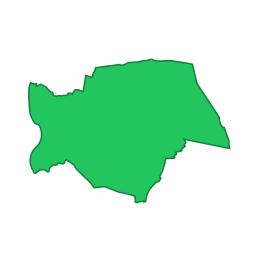 Etten-Leur, Noord-Brabant, Netherlands (Robinson projection), rotated 278°
{"feature_id": "6326949B83094148172558", "entity_name": "Etten-Leur", "entity_type": "district", "adm_level": 2, "iso_a3": "NLD", "parent_name": "Netherlands", "parent_adm1": "Noord-Brabant", "projection": "robinson", "projection_center": [4.64, 51.576], "detail": "fine", "context": "isolated", "style": "filled", "palette": "green", "viewbox_px": 256, "rotation_deg": 278, "n_neighbors": 0, "source": "geoboundaries", "source_scale": "gbopen_adm2", "svg_char_len": 5395}
<svg xmlns="http://www.w3.org/2000/svg" viewBox="0 0 256 256"><g transform="rotate(278 128 128)"><path d="M159.4,25.2L158.8,25.1L157.4,24.8L156.2,24.6L155.0,24.5L154.1,24.5L152.9,24.5L152.0,24.5L149.8,24.8L146.0,25.3L140.1,26.4L131.4,28.2L129.9,28.7L128.8,29.0L127.3,29.6L125.2,30.8L122.3,32.9L120.8,34.1L120.0,35.0L119.6,35.4L119.4,36.0L118.8,38.5L118.5,39.4L117.3,40.5L116.6,40.9L115.6,41.3L114.7,41.8L113.4,42.3L112.6,42.6L109.4,43.3L108.2,43.5L106.9,43.5L104.6,43.3L103.9,43.2L102.6,42.9L101.1,42.5L100.1,42.1L98.7,41.4L97.3,40.5L95.6,39.1L94.3,38.2L92.1,37.0L90.4,36.4L88.3,35.8L86.4,35.6L84.5,35.5L82.1,35.6L79.6,36.1L77.5,36.9L75.5,37.8L74.2,38.7L72.7,39.9L71.1,40.9L70.4,41.2L70.4,41.8L70.6,42.7L70.6,42.8L70.8,43.2L71.2,43.8L71.4,44.1L72.3,44.9L73.0,45.4L73.6,46.0L74.2,46.8L74.4,47.4L74.6,47.9L74.8,48.9L74.9,50.9L74.8,51.1L74.7,51.9L74.5,52.4L73.4,54.4L73.3,54.7L73.3,54.9L73.4,55.1L73.7,55.4L74.3,55.7L75.2,55.9L76.8,56.0L77.4,56.1L77.9,56.3L78.1,56.5L79.7,57.8L81.0,59.2L81.1,59.3L81.2,59.6L81.1,61.1L81.2,61.6L81.3,62.0L81.8,62.8L82.1,63.0L82.7,63.3L83.6,63.8L83.9,64.0L83.9,64.4L83.5,66.5L83.4,68.2L83.5,68.6L83.6,68.9L83.9,69.3L84.3,69.6L84.7,69.8L86.7,70.3L86.9,70.3L87.1,70.5L87.5,70.7L88.0,71.0L88.1,71.5L87.9,71.7L87.6,72.1L87.3,72.4L86.6,73.8L86.9,73.9L86.8,74.1L86.6,74.7L84.8,77.6L83.5,80.2L83.3,80.3L83.2,80.4L80.9,81.8L78.5,84.8L77.8,86.0L77.6,86.2L76.7,87.0L76.5,87.4L76.4,87.9L76.2,88.2L76.0,88.4L75.2,89.0L75.1,89.4L75.2,89.5L74.9,90.0L74.4,90.4L74.0,90.9L73.9,91.1L73.5,91.6L73.2,91.9L72.7,92.6L72.5,92.9L72.3,93.5L71.7,94.4L71.4,94.8L70.9,95.4L70.3,96.1L68.0,99.0L64.1,102.8L64.2,103.1L64.6,104.2L64.5,104.5L65.1,106.4L65.2,106.9L65.2,107.2L65.4,107.5L65.5,108.2L65.7,108.6L65.8,108.8L65.8,109.2L65.9,109.7L65.9,109.9L66.2,110.5L66.2,111.0L66.3,111.5L66.6,112.1L66.6,112.7L66.7,112.9L66.7,113.2L66.5,113.7L66.4,114.1L66.3,114.8L66.0,115.8L65.8,116.9L65.6,117.6L65.5,118.2L65.2,119.2L65.1,120.0L64.9,120.9L64.8,121.4L64.3,123.0L63.6,126.1L63.5,126.5L63.4,126.8L63.2,128.2L63.1,128.5L63.0,130.1L63.0,130.4L63.1,130.9L63.2,131.8L63.1,132.3L62.7,134.9L62.6,136.6L62.3,139.5L62.3,140.3L62.2,141.0L61.9,141.4L61.9,142.6L61.6,143.3L61.2,144.0L61.3,144.4L60.6,144.6L55.6,145.6L55.3,147.1L55.3,147.6L55.7,147.6L56.1,148.2L57.8,153.9L57.0,154.1L57.4,154.8L57.5,155.7L58.3,155.6L58.4,155.8L60.4,155.7L62.0,155.8L63.5,156.0L64.9,156.2L65.8,156.5L67.6,157.0L69.5,157.7L71.0,158.4L73.2,159.9L77.8,163.2L78.3,163.7L78.5,164.0L79.1,165.3L79.3,165.5L79.6,165.9L80.0,166.3L80.5,166.6L81.0,166.8L81.5,167.0L83.1,167.5L83.7,166.3L84.0,166.1L84.3,166.2L86.9,167.1L88.7,167.7L90.7,168.2L92.7,168.5L95.5,169.0L95.8,168.9L96.7,169.0L97.0,169.0L97.7,169.3L97.7,169.2L99.2,169.4L101.2,169.5L103.2,169.8L103.2,169.6L103.3,169.6L104.0,175.2L104.1,175.3L104.5,177.9L104.7,178.3L105.7,178.3L106.3,177.1L106.6,177.4L108.8,179.7L110.5,178.8L110.6,178.7L110.7,178.8L112.6,183.8L112.8,184.3L113.0,184.5L114.4,183.9L117.9,187.2L118.4,186.4L118.6,186.1L119.0,185.8L121.5,187.3L121.6,187.2L122.3,186.8L123.0,186.5L124.6,185.3L122.8,216.2L121.9,231.5L125.9,230.2L126.2,230.2L128.9,229.8L129.3,229.7L139.7,224.3L141.0,223.6L141.3,223.5L141.4,223.4L141.7,223.2L141.8,223.2L141.7,222.9L141.6,223.1L142.0,222.0L143.0,220.7L143.2,220.4L143.3,220.2L143.6,220.1L144.0,219.9L144.1,219.5L144.3,219.4L144.4,219.1L144.9,218.9L145.7,218.6L146.5,218.3L147.1,217.9L147.6,217.8L149.2,217.3L150.0,217.1L150.9,216.9L151.1,216.9L151.9,216.2L151.8,216.4L159.8,209.4L181.5,190.2L181.6,190.3L182.0,190.0L199.9,183.0L200.1,182.8L200.1,180.9L200.2,180.3L200.3,180.1L200.6,164.3L200.7,163.6L200.7,162.2L200.7,161.9L200.4,159.1L200.0,157.3L200.0,156.8L199.9,156.4L200.1,156.3L199.0,152.2L198.9,152.0L198.6,150.6L198.8,150.4L198.8,150.2L198.7,150.2L198.5,149.0L198.4,148.5L198.4,147.8L198.6,147.2L198.6,144.8L198.7,144.2L199.3,142.7L199.4,142.1L198.7,139.6L198.5,139.1L198.2,138.7L197.8,138.4L197.7,138.1L197.1,135.3L196.8,134.4L196.3,132.1L196.1,131.7L196.0,131.4L195.5,131.4L195.4,131.3L195.4,131.2L195.2,130.2L193.3,121.7L192.9,119.8L192.6,119.0L190.7,116.2L189.8,114.8L189.4,112.8L189.1,111.4L189.3,111.1L189.7,111.0L188.8,107.8L186.4,99.3L186.5,99.3L184.3,91.7L183.2,87.6L182.3,87.5L182.1,87.4L178.8,86.9L178.4,86.7L178.4,86.2L173.1,85.4L174.1,78.9L157.8,78.5L158.4,76.2L158.4,75.7L158.3,75.3L158.5,75.0L158.5,74.8L158.6,74.6L158.6,74.2L158.8,73.9L158.9,73.6L158.7,73.2L158.7,72.9L158.7,72.7L158.8,72.5L158.9,72.3L158.4,71.5L158.2,71.0L158.3,70.8L158.4,70.5L158.4,70.3L158.1,69.8L157.4,69.7L156.8,69.7L156.3,69.2L155.9,68.9L155.2,68.7L154.6,68.3L153.5,68.2L153.8,67.7L154.2,67.3L154.3,67.1L154.4,66.8L154.4,66.3L154.1,65.0L154.3,64.6L154.3,64.3L154.2,64.3L154.1,64.1L153.9,63.9L153.5,63.8L153.0,63.9L152.8,63.8L152.4,63.4L151.8,62.7L151.7,62.5L151.3,59.6L151.2,59.4L151.1,59.1L150.4,58.1L150.4,57.9L150.6,57.2L150.7,56.8L150.7,56.6L150.5,55.8L150.2,54.9L150.1,54.1L149.6,52.9L149.7,52.3L149.7,51.9L149.5,51.0L149.6,49.6L149.8,49.5L151.0,49.2L151.7,49.0L152.0,48.8L152.5,48.4L152.7,48.1L152.8,47.9L152.8,47.7L152.7,47.3L152.7,46.6L152.8,46.5L153.3,45.9L153.5,45.5L153.6,45.1L153.8,45.0L154.3,44.6L154.7,44.2L155.2,43.2L156.0,42.0L156.6,41.8L156.8,41.7L157.1,41.4L157.3,41.0L157.9,39.0L159.0,36.0L159.1,35.7L159.1,35.2L158.5,34.5L158.3,33.9L158.0,33.8L157.7,33.3L156.6,31.3L157.8,31.3L158.6,31.2L159.0,31.2L158.6,28.2L158.6,27.7L158.6,27.4L158.7,26.7L159.4,25.2Z" fill="#22c55e" stroke="#15803d" stroke-width="1.5"/></g></svg>